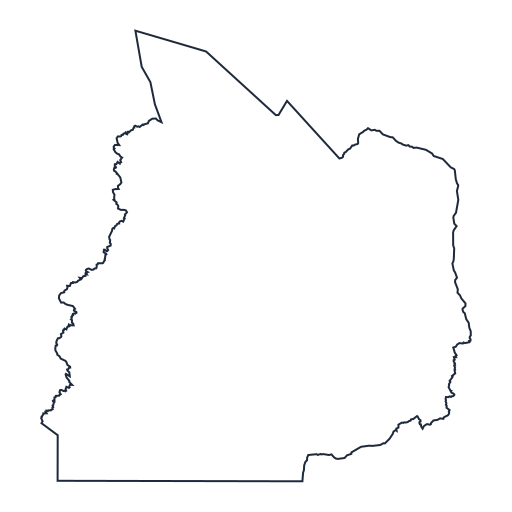 the district of Andalgalá, Catamarca, Argentina
{"feature_id": "61730980B92024748366562", "entity_name": "Andalgalá", "entity_type": "district", "adm_level": 2, "iso_a3": "ARG", "parent_name": "Argentina", "parent_adm1": "Catamarca", "projection": "orthographic", "projection_center": [-66.355, -27.481], "detail": "fine", "context": "isolated", "style": "outline", "palette": "slate", "viewbox_px": 512, "rotation_deg": 0, "n_neighbors": 0, "source": "geoboundaries", "source_scale": "gbopen_adm2", "svg_char_len": 5969}
<svg xmlns="http://www.w3.org/2000/svg" viewBox="0 0 512 512"><path d="M135.4,30.7L141.7,66.8L150.4,82.2L154.9,104.3L161.5,122.2L157.5,120.3L155.8,118.5L152.3,118.7L148.9,120.9L147.9,123.3L144.1,124.4L143.6,125.0L142.8,124.5L139.6,127.0L138.7,126.4L137.2,126.7L135.2,125.7L134.4,126.1L134.0,127.1L134.2,127.6L133.6,127.8L132.8,129.8L131.2,130.2L128.9,132.4L128.3,131.7L127.5,131.8L127.2,134.3L126.4,134.1L125.4,132.6L124.9,133.3L123.4,133.7L123.0,134.8L121.6,134.9L121.2,136.0L120.2,136.5L117.9,136.4L116.6,138.2L117.6,142.8L119.2,145.1L115.0,144.9L113.7,146.6L113.8,147.8L114.5,148.5L113.7,149.2L115.4,152.2L117.5,153.9L119.0,154.3L120.5,156.6L122.1,157.6L120.2,160.1L121.1,162.1L120.1,162.6L119.8,163.6L117.6,161.9L116.4,164.1L114.9,164.2L114.7,165.9L116.0,167.2L115.6,167.9L114.2,168.0L113.8,169.7L114.2,170.9L115.4,171.4L116.7,172.9L116.7,173.8L117.4,173.8L120.3,177.5L121.4,182.5L120.1,184.3L117.9,185.9L118.1,188.1L118.6,189.0L115.2,189.1L112.8,189.8L113.0,192.1L114.5,194.8L114.1,197.8L114.4,199.3L113.5,199.8L116.6,202.4L116.3,203.9L117.5,204.7L118.3,206.2L118.0,208.5L120.9,209.9L124.4,209.9L126.0,210.5L127.0,212.3L124.9,214.5L125.2,215.3L123.9,218.2L124.6,218.6L123.2,221.6L121.7,220.8L119.8,221.5L118.9,222.9L119.1,223.5L117.2,223.9L116.5,225.3L115.0,226.2L114.2,228.4L113.2,228.0L112.3,228.9L112.0,230.9L109.1,236.9L109.6,239.4L110.2,240.1L109.8,242.7L110.8,244.0L110.6,245.6L107.2,247.0L107.2,248.2L108.1,250.0L107.2,251.1L106.4,251.1L104.9,249.7L104.0,249.7L103.6,252.2L106.1,253.7L106.4,254.3L105.4,254.9L105.0,258.6L104.6,259.1L104.9,260.3L103.8,261.4L103.3,262.8L102.5,263.3L98.1,263.2L97.7,264.3L96.6,264.6L96.7,266.9L96.2,268.3L94.3,268.6L93.6,269.5L91.8,269.9L88.7,268.5L87.0,269.0L85.9,269.9L85.8,270.6L86.2,271.3L87.7,272.1L86.1,272.7L86.9,274.3L85.5,273.9L85.5,275.9L83.3,276.2L82.0,278.1L79.7,277.8L80.9,279.4L78.0,280.8L77.3,281.8L75.4,282.5L72.9,282.2L72.8,283.0L71.0,283.0L69.8,286.0L67.1,285.8L67.5,287.3L67.0,289.1L64.7,290.5L64.1,291.3L64.2,292.3L61.0,293.1L59.2,295.4L58.9,298.3L61.1,302.6L63.7,302.5L65.3,303.9L67.7,304.9L72.8,306.0L75.0,308.8L74.1,309.5L73.9,310.6L76.3,311.9L76.5,312.8L75.2,313.7L74.3,313.4L72.9,313.9L73.1,315.2L72.2,315.4L72.0,316.9L71.4,317.0L71.7,319.5L71.3,319.6L72.0,320.3L71.9,322.7L73.2,323.6L73.6,325.4L70.3,325.2L68.9,324.5L68.8,325.0L69.6,326.0L68.9,326.5L68.3,326.0L67.2,327.1L66.4,329.4L64.6,328.6L64.2,329.5L63.6,329.6L63.7,330.3L63.0,330.8L63.4,332.6L60.9,334.1L61.4,336.3L60.9,337.2L59.0,338.3L58.0,338.2L56.7,340.6L56.2,342.8L57.2,344.9L56.9,345.5L55.7,345.6L55.3,348.2L55.4,350.4L57.1,353.2L57.3,354.7L59.5,356.3L60.7,358.6L65.5,360.9L66.4,362.1L67.4,364.9L70.1,366.7L70.2,367.6L69.0,367.8L68.3,369.1L67.1,369.5L67.4,370.5L69.3,372.3L69.8,376.3L65.9,373.9L65.6,374.4L66.5,377.4L69.4,381.0L69.2,381.9L72.1,384.9L70.0,384.8L69.1,386.9L69.5,387.4L68.9,387.9L66.4,386.8L65.6,389.1L66.2,390.7L65.4,391.2L65.1,390.6L63.6,391.0L61.2,389.9L60.1,390.1L59.4,392.2L60.7,394.2L59.4,395.0L59.3,395.6L55.8,395.9L55.6,397.2L54.4,397.5L54.5,401.0L53.5,400.4L52.9,400.9L53.9,402.5L53.3,405.0L52.6,405.5L53.2,407.1L52.4,407.6L52.7,409.3L51.1,409.8L50.8,410.4L48.3,410.4L47.9,411.0L46.4,410.6L46.3,411.6L45.6,411.7L46.6,413.3L43.3,413.4L43.4,414.2L41.6,416.7L41.9,417.0L41.2,418.1L42.6,421.3L41.5,423.2L57.7,435.2L57.6,480.8L302.4,481.3L303.1,472.6L303.9,470.3L304.2,465.3L305.4,461.9L307.0,460.3L307.2,457.4L308.3,455.0L316.7,454.2L317.7,454.9L320.7,454.0L321.2,454.4L323.3,454.1L329.0,455.0L331.5,454.4L333.9,457.2L336.0,458.6L337.9,458.9L344.6,458.0L347.0,455.3L351.3,453.9L351.4,452.4L361.0,446.8L369.1,445.7L372.3,445.9L380.2,445.0L383.5,443.2L384.9,443.4L389.5,438.8L392.7,434.0L393.5,431.6L395.7,430.0L396.6,430.7L396.3,428.6L398.5,427.5L398.4,424.7L401.8,422.6L403.2,422.9L404.2,422.3L405.1,422.6L407.7,422.1L408.9,421.1L410.5,420.7L411.1,419.3L413.2,419.1L417.0,416.1L417.6,416.4L419.0,419.2L420.4,420.1L420.6,421.4L419.4,422.2L419.5,423.5L419.9,424.3L420.9,424.4L421.3,426.8L422.6,428.7L423.8,426.2L426.2,424.5L427.2,424.1L429.9,424.7L430.8,424.3L431.0,423.1L433.4,420.5L437.6,419.8L440.1,418.4L443.4,418.8L443.7,417.6L444.4,417.0L447.9,415.3L448.9,413.9L449.2,412.3L448.8,411.4L449.6,410.1L446.5,407.7L446.7,405.7L445.9,404.8L446.4,403.1L445.6,401.4L446.0,400.2L445.6,399.0L445.8,397.7L446.0,397.0L448.3,397.2L449.5,396.4L450.9,397.0L451.3,396.4L453.2,396.1L454.3,395.0L454.3,394.4L453.3,393.5L451.5,392.7L451.0,391.8L451.3,390.9L450.5,390.8L448.6,387.1L449.2,385.1L448.9,384.2L450.4,381.9L449.6,380.9L452.4,377.3L452.0,376.0L453.0,375.7L453.1,375.0L455.2,373.4L454.5,370.1L455.1,369.7L454.7,368.7L455.1,367.6L454.2,365.8L455.1,365.1L454.4,363.8L454.9,363.3L453.7,361.4L453.6,360.2L454.7,359.7L453.9,357.1L456.0,357.1L455.5,356.1L456.6,355.3L454.7,352.5L453.3,347.5L455.8,346.7L457.2,344.5L459.4,343.1L462.9,343.5L463.5,342.5L465.0,343.1L469.4,342.2L469.1,341.0L470.4,340.8L470.6,339.4L469.7,338.2L469.8,336.7L470.8,335.4L470.7,331.1L469.3,327.7L468.7,322.8L466.2,319.1L464.8,313.3L463.2,311.9L462.5,309.5L462.6,308.6L465.4,306.1L465.5,303.4L461.4,298.5L460.0,295.4L457.5,292.7L457.8,289.3L455.0,282.0L455.2,280.0L457.0,277.7L455.1,272.4L453.8,270.4L452.4,263.5L453.4,261.3L453.8,258.7L454.2,248.3L453.2,245.5L453.1,232.5L453.7,230.3L456.6,226.1L454.3,223.7L453.3,217.6L453.7,215.9L456.0,212.7L458.3,199.9L456.9,191.0L458.2,185.9L458.1,184.8L457.1,183.6L455.8,179.3L454.8,170.3L454.1,169.0L450.8,167.4L442.8,159.0L433.7,156.0L432.1,153.5L425.9,149.8L416.7,147.6L413.5,147.9L412.2,146.8L409.6,146.5L408.5,145.2L406.0,145.6L402.4,144.4L401.7,143.6L398.5,142.6L395.9,140.8L392.7,137.3L390.2,137.1L382.9,134.4L379.5,130.8L376.4,130.8L374.8,129.8L371.4,130.4L368.0,128.2L366.6,129.6L363.8,131.0L363.3,131.8L359.2,134.3L357.9,138.9L358.2,143.0L357.6,144.0L355.1,144.6L353.6,145.6L352.3,145.4L350.0,148.7L348.2,149.4L345.8,152.0L344.3,152.7L344.1,153.9L343.0,155.1L343.1,156.7L342.3,157.6L339.4,158.5L287.0,100.9L278.5,115.0L275.8,115.1L206.1,51.5L135.4,30.7Z" fill="none" stroke="#1e293b" stroke-width="2"/></svg>